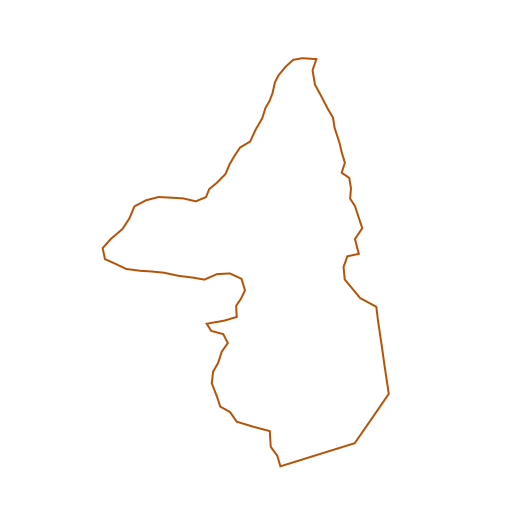 Lajeado Grande, Santa Catarina, Brazil (Natural Earth projection), rotated 279°
{"feature_id": "56859067B27052797536229", "entity_name": "Lajeado Grande", "entity_type": "district", "adm_level": 2, "iso_a3": "BRA", "parent_name": "Brazil", "parent_adm1": "Santa Catarina", "projection": "natural_earth1", "projection_center": [-52.542, -26.847], "detail": "fine", "context": "isolated", "style": "outline", "palette": "amber", "viewbox_px": 512, "rotation_deg": 279, "n_neighbors": 0, "source": "geoboundaries", "source_scale": "gbopen_adm2", "svg_char_len": 1274}
<svg xmlns="http://www.w3.org/2000/svg" viewBox="0 0 512 512"><g transform="rotate(279 256 256)"><path d="M239.8,103.3L229.3,107.3L226.3,118.3L222.9,129.8L223.3,144.4L224.3,154.2L225.1,167.8L224.3,182.4L224.8,197.4L224.6,208.7L232.0,220.3L234.7,232.9L231.2,245.2L220.4,250.5L211.7,247.9L203.6,244.2L192.8,246.5L187.1,234.5L181.4,217.9L175.0,223.5L173.7,235.9L165.6,241.8L156.0,237.1L144.4,235.3L135.0,231.7L123.2,232.3L110.8,239.6L101.7,244.2L97.8,254.8L89.3,262.9L86.9,280.3L85.2,297.0L69.8,300.4L62.0,308.3L52.1,313.0L86.6,382.8L116.9,397.4L140.6,408.7L168.1,400.0L185.5,394.7L211.9,386.4L224.6,382.8L230.7,365.5L246.7,347.3L258.8,344.2L270.0,346.3L274.2,357.2L288.2,351.1L300.1,356.6L311.1,350.9L320.8,345.9L327.4,340.0L337.8,339.2L347.7,335.9L351.6,327.6L362.0,329.2L371.9,324.4L380.5,320.9L394.8,313.6L404.7,310.4L412.8,303.7L423.6,295.8L434.5,287.4L448.3,282.8L459.9,284.8L458.6,270.8L455.5,261.9L447.5,255.6L438.2,250.1L430.5,247.5L419.7,246.9L411.5,245.2L403.7,242.2L393.0,240.6L380.9,235.9L368.1,232.3L360.7,223.3L351.1,218.9L342.5,215.6L332.1,213.0L322.2,205.9L314.9,199.4L306.4,197.4L300.6,188.0L301.5,175.1L300.3,162.7L299.0,150.5L293.8,138.6L286.0,128.2L273.1,125.0L261.8,119.9L250.2,110.0L239.8,103.3Z" fill="none" stroke="#b45309" stroke-width="2"/></g></svg>